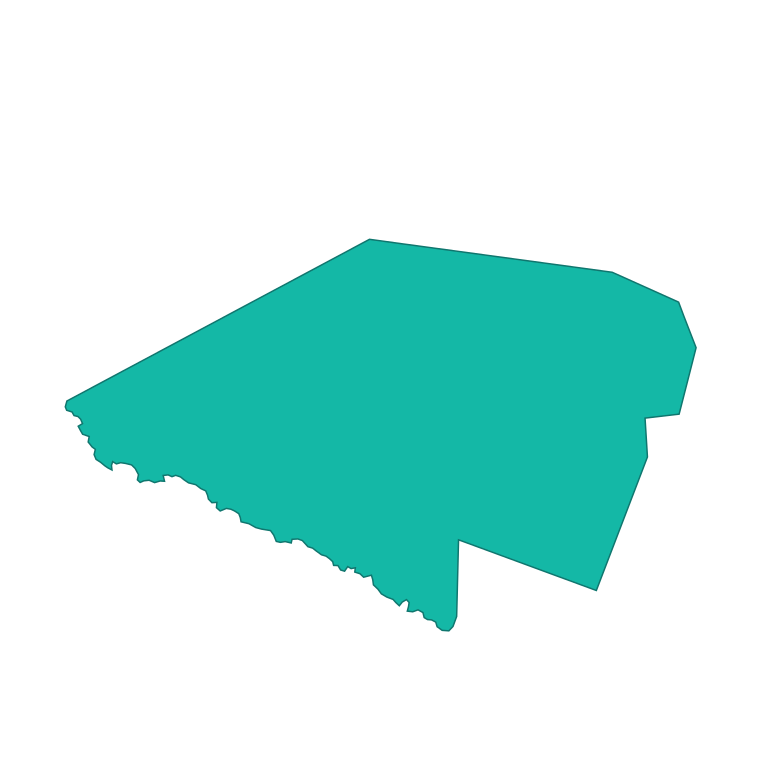 outline of Eliseu Martins, Piauí, Brazil, rotated 295°
{"feature_id": "56859067B35867854530828", "entity_name": "Eliseu Martins", "entity_type": "district", "adm_level": 2, "iso_a3": "BRA", "parent_name": "Brazil", "parent_adm1": "Piauí", "projection": "orthographic", "projection_center": [-43.764, -7.941], "detail": "fine", "context": "isolated", "style": "filled", "palette": "teal", "viewbox_px": 768, "rotation_deg": 295, "n_neighbors": 0, "source": "geoboundaries", "source_scale": "gbopen_adm2", "svg_char_len": 1719}
<svg xmlns="http://www.w3.org/2000/svg" viewBox="0 0 768 768"><g transform="rotate(295 384 384)"><path d="M201.2,437.0L201.9,442.4L200.3,447.2L205.4,453.4L201.9,456.5L197.5,459.3L195.5,465.2L192.7,470.3L192.1,476.6L192.6,483.3L190.9,487.2L189.5,491.6L194.1,492.7L198.1,495.5L196.6,499.1L192.5,500.3L188.0,501.1L189.7,506.3L193.7,510.3L193.3,515.9L189.3,519.1L188.9,523.0L190.3,526.7L190.1,531.5L186.5,534.7L185.3,540.8L187.7,547.1L193.4,549.0L204.0,548.1L274.3,517.4L286.6,663.7L429.2,653.6L463.4,635.0L481.4,664.2L525.6,655.9L534.6,654.2L548.8,651.5L572.1,627.2L582.7,616.4L581.7,543.6L524.9,361.0L521.7,350.6L519.0,342.1L509.0,309.7L234.6,103.8L228.6,104.8L226.1,107.5L226.8,113.1L224.4,116.4L225.2,120.4L223.9,123.9L220.7,127.5L216.5,124.7L213.4,128.8L211.1,132.1L211.8,139.0L206.4,140.4L203.6,146.0L202.8,150.0L197.5,151.1L194.0,154.9L193.3,160.2L191.9,165.5L191.3,169.1L191.1,173.8L195.1,171.4L199.0,170.9L198.5,175.2L201.4,178.6L202.8,183.4L204.0,189.4L202.3,194.2L198.1,199.8L192.9,201.0L191.7,204.6L194.7,207.2L197.5,211.8L197.7,217.8L201.5,222.1L203.1,226.2L207.8,222.5L210.4,226.8L210.4,231.0L213.2,233.8L213.8,238.8L212.7,243.1L211.8,248.6L213.2,255.9L211.8,262.2L211.8,267.6L208.6,271.1L205.5,273.5L203.7,278.2L206.1,282.6L201.1,284.4L199.7,289.2L204.6,293.7L205.8,298.1L205.8,302.0L205.1,307.2L202.2,310.2L198.7,312.7L200.3,320.6L199.7,328.4L200.7,334.2L203.2,343.1L200.4,348.0L195.8,352.9L196.7,357.0L199.4,361.0L200.7,367.1L204.4,366.3L207.2,371.5L207.6,376.2L204.4,383.8L205.1,388.7L204.0,393.3L202.8,399.5L203.5,404.1L202.7,408.3L201.3,412.6L198.3,415.0L200.0,419.0L197.1,423.3L197.7,427.4L203.2,428.3L202.8,432.2L205.3,435.7L201.2,437.0Z" fill="#14b8a6" stroke="#0f766e" stroke-width="1.5"/></g></svg>